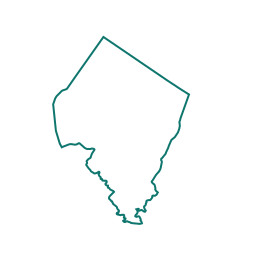 Homs (Hims), Equal Earth projection, rotated 248°
{"feature_id": "SYR-139", "entity_name": "Homs (Hims)", "entity_type": "Province", "adm_level": 1, "iso_a3": "SYR", "parent_name": "Syria", "parent_adm1": "", "projection": "equal_earth", "projection_center": [37.187, 34.261], "detail": "fine", "context": "isolated", "style": "outline", "palette": "teal", "viewbox_px": 256, "rotation_deg": 248, "n_neighbors": 0, "source": "natural_earth", "source_scale": "10m", "svg_char_len": 4698}
<svg xmlns="http://www.w3.org/2000/svg" viewBox="0 0 256 256"><g transform="rotate(248 128 128)"><path d="M47.3,105.7L46.2,105.3L45.2,104.3L44.2,102.2L43.5,101.7L42.5,102.4L42.4,102.9L42.3,104.1L42.2,104.7L41.8,105.2L41.3,105.4L38.5,105.6L38.2,105.4L37.7,105.0L37.5,104.9L37.2,105.0L36.6,105.3L36.4,105.4L34.4,105.2L34.5,104.6L34.6,103.4L34.7,103.0L37.9,96.8L38.9,95.2L39.1,95.0L39.5,94.9L39.8,94.6L40.5,93.6L41.7,92.4L41.9,92.2L42.0,92.0L42.0,91.9L42.0,91.5L41.9,90.9L41.9,90.7L41.9,90.4L42.0,89.9L42.2,89.5L42.3,89.3L42.5,89.2L42.9,89.0L43.7,88.7L44.0,89.3L43.9,89.5L43.6,90.0L43.5,90.3L43.8,90.4L44.0,90.5L44.6,91.4L44.8,91.7L45.0,91.8L45.1,91.7L45.3,91.6L45.8,90.8L45.9,90.7L46.1,90.6L46.6,90.6L46.9,90.8L47.2,91.4L48.6,91.7L48.8,91.7L49.0,91.6L49.1,91.4L49.4,91.0L49.5,90.9L49.5,90.7L49.5,90.2L49.7,89.8L49.9,89.5L50.0,89.3L50.0,89.1L50.0,88.7L50.0,88.3L51.1,86.9L51.5,86.2L51.9,85.7L52.0,85.6L52.5,85.4L52.8,85.4L53.0,85.5L53.3,85.8L53.4,86.0L53.3,86.3L53.2,86.5L53.0,86.8L53.0,87.0L53.1,87.3L53.5,87.3L53.8,87.5L53.9,88.1L54.0,88.2L54.2,88.4L54.6,88.6L54.8,88.6L55.0,88.6L55.3,88.5L55.9,88.2L56.9,87.9L59.2,88.0L62.8,86.0L63.2,85.8L63.3,85.9L63.6,85.9L64.0,85.8L64.4,85.7L64.4,85.8L64.6,85.8L66.0,85.7L66.8,85.0L67.1,84.8L67.4,84.8L67.8,84.8L68.0,84.8L68.2,84.7L68.9,84.2L69.2,84.1L69.5,84.0L69.9,84.1L70.5,84.3L71.2,84.9L71.4,85.2L71.5,85.3L72.9,88.4L74.0,91.1L75.0,90.8L75.2,90.6L77.5,88.6L77.8,88.4L78.2,88.3L79.0,88.2L79.4,88.0L79.9,87.3L80.0,87.2L80.4,87.1L80.5,87.1L80.9,87.3L81.1,87.4L81.2,87.5L81.5,87.7L81.9,87.9L82.0,87.9L82.1,87.4L82.3,87.2L82.6,86.9L83.6,86.2L83.9,86.0L84.1,86.0L84.3,86.1L84.6,86.2L84.8,86.4L84.9,86.6L85.0,86.6L85.2,87.2L85.3,87.5L85.5,87.7L85.7,87.9L86.1,88.1L86.6,88.2L86.8,88.2L87.2,87.9L87.5,87.7L87.6,87.3L87.8,86.5L87.9,86.4L88.0,86.2L88.3,85.9L88.4,85.7L88.5,85.2L88.7,84.8L88.8,84.7L89.0,84.7L89.6,84.6L90.3,84.8L90.5,84.7L90.6,84.3L90.6,84.1L90.9,83.8L91.0,83.6L91.3,83.6L91.8,84.0L92.2,84.1L92.6,84.2L92.9,84.1L93.2,84.0L93.6,83.6L93.8,83.5L94.0,83.5L94.8,83.4L95.1,83.4L95.4,83.5L96.0,83.4L96.2,83.5L96.4,83.5L96.5,83.6L97.0,84.5L97.2,84.8L97.4,84.9L97.8,84.9L98.0,84.9L98.3,84.7L98.4,84.4L98.4,84.2L98.3,83.9L98.1,83.2L98.1,82.9L98.1,81.3L98.2,80.5L98.3,80.3L98.5,79.8L98.5,79.7L99.0,79.3L99.9,78.8L101.3,77.7L101.7,77.5L101.9,77.4L102.3,77.4L102.5,77.4L103.1,77.3L105.3,76.4L109.1,75.5L109.4,75.5L109.5,75.5L109.8,75.7L110.1,76.0L110.6,76.7L110.8,76.9L111.0,77.0L111.4,77.1L112.3,77.1L112.5,77.1L112.8,77.3L113.1,77.7L113.2,77.9L113.3,78.1L113.4,78.4L113.4,78.5L113.5,78.6L113.7,78.9L113.8,79.1L114.0,79.9L114.1,80.3L114.2,80.9L114.3,81.7L114.3,81.8L114.5,82.1L114.9,82.5L115.2,82.7L117.8,85.0L118.1,85.4L118.5,86.1L120.3,88.6L120.5,88.8L120.8,88.8L121.2,88.7L121.3,88.6L122.1,87.6L122.2,87.3L122.3,87.1L122.4,86.8L122.5,86.7L122.6,86.4L122.6,86.1L122.6,85.9L122.6,85.2L122.9,84.6L123.1,84.0L123.1,83.9L123.4,83.5L123.5,83.3L123.5,83.2L123.6,82.7L123.8,82.3L125.0,81.0L125.8,80.4L131.8,77.4L132.1,77.1L132.3,76.8L132.1,74.8L132.1,74.3L132.1,73.8L132.2,73.3L132.4,72.6L132.6,72.2L133.7,70.4L134.2,69.5L134.7,68.3L134.9,67.3L135.0,60.5L134.9,59.4L139.0,58.9L152.4,60.1L178.0,67.5L182.7,71.6L184.2,73.6L187.1,80.3L187.3,80.9L187.3,81.5L187.1,85.0L187.1,85.6L187.3,86.2L187.5,86.5L195.2,98.3L221.6,139.3L157.3,182.3L146.0,190.1L136.2,197.1L117.2,180.2L115.8,179.3L114.7,178.2L114.4,178.0L113.9,177.8L113.8,177.7L113.0,177.6L112.5,177.4L110.8,176.9L110.1,176.6L109.6,176.2L108.3,175.4L105.2,172.7L102.0,168.0L101.8,167.2L101.6,166.8L101.3,165.9L101.3,165.7L101.2,165.3L100.8,164.2L100.5,163.6L96.0,159.0L95.5,158.6L94.8,158.1L91.0,154.0L90.3,153.5L90.0,153.2L87.6,148.8L87.4,148.5L87.1,147.7L87.1,147.4L86.7,147.1L85.8,146.7L84.9,146.8L84.4,146.8L84.2,146.8L83.7,146.6L79.3,143.7L79.2,143.7L78.9,143.5L78.4,143.1L76.8,141.5L76.6,141.1L76.5,140.9L76.1,140.6L76.0,140.3L75.9,140.2L75.4,139.1L75.0,138.4L74.7,137.7L74.0,136.5L73.7,135.9L73.4,135.5L72.6,134.5L71.9,133.4L71.3,132.7L70.3,131.3L70.1,131.0L70.1,130.9L69.5,130.0L69.2,129.8L68.7,129.8L67.3,130.3L65.7,131.3L65.2,131.3L61.9,130.9L61.1,130.3L60.8,130.3L59.8,130.3L59.0,130.5L57.9,131.2L57.0,131.5L56.7,130.9L55.6,129.7L55.3,128.8L55.1,127.6L55.4,126.8L55.9,126.2L56.0,125.4L55.7,124.9L55.4,124.8L55.1,124.8L54.8,124.7L54.3,124.1L53.3,122.6L53.1,122.1L52.9,121.6L53.0,121.1L53.1,120.8L53.3,120.5L53.4,120.1L53.6,119.1L53.6,118.4L53.4,117.8L52.7,117.3L52.3,117.4L52.0,117.2L51.3,116.2L50.5,115.9L49.9,115.3L49.5,114.5L49.2,113.5L48.5,113.2L47.3,113.1L45.9,113.2L44.9,113.5L44.7,113.5L44.0,112.3L44.7,111.4L46.0,110.6L46.9,109.9L47.1,108.9L47.0,108.0L47.1,107.3L47.8,106.8L48.5,107.0L49.0,107.5L49.3,107.2L49.5,105.3L48.4,105.6L47.3,105.7Z" fill="none" stroke="#0f766e" stroke-width="2"/></g></svg>